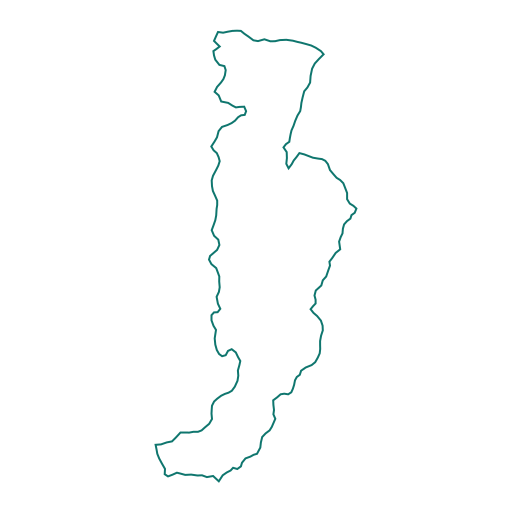 Datas, Minas Gerais, Brazil (Mercator projection)
{"feature_id": "56859067B3541118677484", "entity_name": "Datas", "entity_type": "district", "adm_level": 2, "iso_a3": "BRA", "parent_name": "Brazil", "parent_adm1": "Minas Gerais", "projection": "mercator", "projection_center": [-43.653, -18.476], "detail": "fine", "context": "isolated", "style": "outline", "palette": "teal", "viewbox_px": 512, "rotation_deg": 0, "n_neighbors": 0, "source": "geoboundaries", "source_scale": "gbopen_adm2", "svg_char_len": 3391}
<svg xmlns="http://www.w3.org/2000/svg" viewBox="0 0 512 512"><path d="M226.7,472.5L230.6,470.5L233.1,467.8L237.3,469.0L240.9,466.4L242.0,462.7L245.5,458.4L250.4,456.6L253.6,454.8L257.0,453.8L260.3,447.6L260.9,442.4L262.2,437.0L265.6,433.4L269.6,430.4L271.8,426.9L273.4,423.2L275.3,418.8L273.4,414.3L274.0,410.0L273.4,404.9L273.2,400.3L277.2,397.3L280.6,394.3L284.2,393.7L288.2,394.3L291.3,392.3L292.9,388.7L294.1,384.9L295.0,380.3L296.8,377.0L299.8,374.8L301.1,370.7L305.7,367.5L311.6,365.1L315.2,362.2L317.8,357.6L319.7,353.4L320.2,349.0L320.1,345.2L320.1,341.0L321.1,335.6L322.8,330.4L322.6,325.7L320.9,320.6L317.1,316.0L313.5,312.9L310.6,309.2L313.1,306.1L315.6,303.5L315.6,299.7L314.5,295.5L315.8,290.5L321.3,285.5L322.8,280.3L326.2,276.5L328.3,270.3L330.0,265.6L329.4,261.7L332.1,258.2L335.7,252.9L340.2,249.3L339.1,241.6L340.7,237.1L342.5,233.4L342.9,228.7L344.1,224.4L346.9,221.2L350.4,218.6L351.5,215.1L354.7,212.8L356.4,208.6L353.4,205.8L349.8,203.6L347.1,199.2L347.1,193.0L345.0,187.5L343.3,183.2L340.1,180.0L336.6,177.8L333.6,174.4L330.0,170.1L327.9,164.1L325.3,160.8L322.0,159.1L318.2,158.6L312.9,157.7L308.2,155.9L304.3,154.4L299.4,153.1L296.4,157.2L293.7,160.5L291.7,164.2L288.6,168.3L286.3,163.8L286.9,158.1L286.7,152.1L283.5,147.4L285.9,144.2L289.3,141.8L289.9,137.9L290.6,134.2L291.5,130.4L293.5,125.9L295.2,120.9L297.5,115.5L300.2,111.1L300.9,107.3L301.4,102.9L302.6,97.5L304.2,91.3L307.4,87.5L310.1,82.6L310.6,75.9L312.1,68.7L314.8,63.5L319.0,58.9L323.6,54.3L320.9,51.1L315.7,47.7L311.2,45.5L306.3,44.1L301.1,42.7L297.4,41.9L292.9,40.7L286.3,39.8L279.9,40.1L275.1,41.2L270.4,41.3L264.4,39.3L258.0,41.1L253.4,40.3L248.9,36.9L244.3,33.7L240.9,30.9L237.0,30.7L232.4,30.9L227.8,31.7L223.1,32.7L218.0,32.0L215.9,36.6L214.0,40.9L216.6,43.5L219.7,46.5L216.3,49.1L213.4,51.1L214.0,55.4L215.3,59.7L219.4,64.9L224.4,66.1L225.7,70.1L224.9,75.3L223.4,79.1L221.0,82.5L217.1,86.9L214.6,91.8L218.7,95.4L221.2,101.5L228.2,102.9L232.4,105.6L235.9,107.4L239.6,106.9L244.2,106.7L246.1,111.2L244.7,114.9L241.1,115.3L238.1,117.2L235.0,120.7L231.6,123.1L227.6,125.0L222.0,126.9L218.6,131.1L217.0,137.3L214.5,141.6L211.3,146.5L213.6,150.3L216.8,153.1L218.6,157.1L219.7,161.2L218.3,165.6L216.4,169.4L214.7,172.6L213.0,175.8L211.7,180.4L212.0,186.2L212.9,191.0L215.1,195.8L217.2,200.6L217.2,205.0L216.6,208.8L216.2,215.4L215.3,220.2L213.6,225.1L211.7,230.2L214.1,235.8L218.3,239.7L219.4,245.0L217.1,249.9L213.4,253.1L210.1,255.9L209.0,259.6L211.4,264.1L216.2,268.1L218.0,272.9L219.3,276.5L219.2,281.5L219.7,287.3L218.9,291.9L216.6,296.8L217.9,303.7L220.3,308.8L217.6,312.2L214.0,312.4L211.5,315.2L211.5,320.3L213.5,325.8L216.0,329.9L215.3,334.4L214.7,338.4L215.3,344.6L216.8,350.0L219.1,354.0L222.1,356.2L225.7,355.2L228.0,350.9L231.7,349.2L235.8,352.4L238.1,357.2L240.3,361.0L239.4,365.1L237.9,370.5L238.3,375.7L237.5,380.8L234.8,386.7L231.8,390.8L228.5,392.7L224.9,393.9L221.2,395.7L217.2,398.7L214.1,401.5L212.0,405.7L211.7,409.7L211.5,413.7L212.0,419.0L209.2,423.8L204.8,427.5L201.6,430.4L198.0,431.8L193.4,431.8L189.2,432.6L185.5,432.5L180.5,432.5L175.9,437.5L172.0,441.4L166.8,442.4L161.0,444.4L155.6,444.8L156.6,449.8L157.3,453.8L159.2,458.5L161.9,463.5L165.0,468.9L164.7,474.2L168.0,476.4L172.5,474.7L176.9,472.7L180.5,473.6L185.2,474.9L191.2,474.6L197.5,475.5L202.0,475.3L206.9,477.1L213.1,476.0L218.8,481.3L222.7,475.3L226.7,472.5Z" fill="none" stroke="#0f766e" stroke-width="2"/></svg>